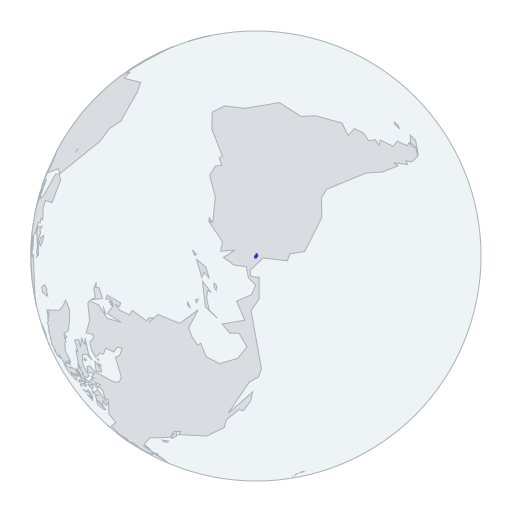 Risaralda on an orthographic globe, rotated 239°
{"feature_id": "COL-1401", "entity_name": "Risaralda", "entity_type": "Department", "adm_level": 1, "iso_a3": "COL", "parent_name": "Colombia", "parent_adm1": "", "projection": "orthographic", "projection_center": [-75.783, 5.124], "detail": "fine", "context": "on_globe", "style": "filled", "palette": "violet", "viewbox_px": 512, "rotation_deg": 239, "n_neighbors": 0, "source": "natural_earth", "source_scale": "10m", "svg_char_len": 8442}
<svg xmlns="http://www.w3.org/2000/svg" viewBox="0 0 512 512"><g transform="rotate(239 256 256)"><circle cx="256" cy="256" r="225" fill="#eef3f6" stroke="#a8b0b8"/><path d="M246.7,243.4L241.3,241.0L236.1,247.7L217.9,236.8L211.5,223.6L156.5,202.5L151.0,195.9L151.4,185.2L135.5,151.1L141.2,183.1L134.6,176.8L129.8,165.4L133.2,162.6L130.8,146.3L125.3,140.3L127.1,121.0L142.8,97.6L144.2,101.0L147.8,95.7L146.3,91.3L144.4,89.9L154.8,71.0L152.2,63.1L144.0,65.9L151.5,61.7L131.0,71.4L124.9,73.8L136.4,68.1L141.0,65.4L139.1,65.0L143.5,62.3L145.1,60.8L150.5,57.8L156.8,55.5L160.4,53.7L158.8,53.7L163.3,51.2L165.0,51.4L172.9,47.3L184.9,44.4L185.3,50.2L196.4,48.6L208.7,55.4L212.1,53.2L218.9,55.4L225.3,53.9L225.8,56.3L230.5,53.2L228.9,51.4L230.4,49.7L234.1,48.9L235.3,51.5L233.6,52.2L235.9,52.6L234.9,54.4L237.5,53.1L238.5,56.8L242.9,52.1L248.2,54.3L247.4,57.1L240.5,58.0L221.3,69.2L218.4,73.6L221.2,78.1L241.4,83.3L241.1,88.1L245.8,93.7L249.3,90.1L246.8,84.6L254.4,79.9L250.4,74.5L252.9,72.1L251.8,66.6L259.5,66.4L267.8,69.3L269.1,74.1L272.8,75.8L277.7,70.8L286.2,80.1L302.1,87.5L303.5,90.4L295.1,95.9L279.5,96.2L268.6,106.1L283.4,99.0L286.6,107.6L290.3,109.0L294.6,108.5L296.4,105.1L299.1,108.3L285.5,115.8L282.9,113.0L287.2,110.4L279.9,111.0L270.7,117.4L273.1,121.9L256.8,128.8L258.2,132.4L255.5,136.3L254.3,129.9L256.2,141.9L237.4,156.0L239.7,178.6L229.1,161.3L220.2,159.5L209.5,160.2L209.7,163.7L195.3,161.4L182.4,169.4L177.7,187.6L182.7,201.5L198.6,201.7L203.4,193.8L215.1,192.0L206.7,213.4L227.2,216.1L225.1,232.3L231.1,240.7L241.3,238.3L251.9,242.2L259.4,232.6L271.5,227.3L271.9,240.4L278.4,228.3L285.2,234.5L309.2,233.5L307.4,236.5L327.6,251.6L349.0,257.8L354.0,267.3L351.5,273.4L358.8,274.8L358.9,278.7L387.6,283.5L401.8,292.6L401.0,306.2L388.4,322.3L375.4,355.1L352.4,366.5L345.4,379.4L325.6,398.2L311.8,397.1L314.6,405.9L306.1,411.4L296.8,411.9L294.3,418.1L287.4,418.3L291.4,422.2L279.3,430.1L281.6,436.3L272.5,442.4L274.3,445.8L271.2,445.7L267.7,447.1L267.1,449.0L258.0,445.8L256.5,437.8L260.4,433.7L256.4,433.0L264.9,422.1L260.2,424.3L262.9,407.5L270.4,393.2L276.8,350.7L272.2,342.1L255.1,332.2L234.7,299.9L240.4,286.5L235.8,280.2L250.7,261.0L246.7,243.4ZM46.2,186.6L47.8,181.5L47.5,184.7L46.2,186.6ZM48.4,178.5L47.9,180.2L48.2,178.8L48.4,178.5ZM48.3,177.6L48.4,178.3L48.1,178.0L48.3,177.6ZM48.0,176.9L48.2,177.1L48.1,177.3L48.0,176.9ZM238.5,186.4L261.9,197.1L248.7,198.7L251.2,196.6L245.3,192.1L234.2,188.1L222.6,190.8L238.5,186.4ZM48.2,174.4L48.4,173.7L48.7,173.2L48.2,174.4ZM248.8,173.6L244.8,172.8L248.8,172.6L248.8,173.6ZM142.9,89.9L145.8,91.6L145.6,96.9L142.6,95.6L142.9,89.9ZM144.0,81.2L146.6,80.8L142.3,85.8L142.1,84.4L144.0,81.2ZM137.1,68.9L138.7,69.1L135.6,70.0L137.1,68.9ZM144.4,61.1L142.5,62.1L144.1,61.0L144.4,61.1ZM247.6,67.3L249.6,67.0L248.8,68.1L247.6,67.3ZM245.1,65.4L242.7,66.9L241.1,66.3L242.7,65.3L245.1,65.4ZM153.9,55.5L157.0,53.8L154.9,55.1L153.9,55.5ZM248.5,63.7L238.7,65.0L236.1,63.9L239.8,59.6L248.5,63.7ZM175.8,45.5L166.6,49.3L164.5,50.5L163.0,50.9L159.6,52.5L165.4,49.7L175.8,45.5ZM226.8,51.3L228.7,53.1L223.7,52.4L226.8,51.3ZM223.2,51.3L205.8,53.0L204.8,50.4L210.8,50.1L206.8,47.8L214.9,45.5L219.0,46.3L218.0,48.4L221.8,46.1L223.2,51.3ZM184.1,42.5L186.9,41.6L185.2,42.2L184.1,42.5ZM230.7,48.9L227.2,49.3L226.1,46.9L232.8,45.8L231.0,46.9L230.7,48.9ZM201.8,48.4L202.2,46.8L208.8,44.4L209.9,43.6L215.0,45.3L201.8,48.4ZM233.1,47.0L236.2,45.4L240.1,45.9L234.0,48.5L233.1,47.0ZM223.0,46.9L222.8,45.8L225.1,46.0L223.0,46.9ZM255.5,47.6L251.4,47.6L250.4,46.3L255.5,47.6ZM237.1,44.8L235.8,44.6L235.0,44.2L237.8,43.3L237.1,44.8ZM219.4,43.7L222.1,43.3L217.6,42.9L222.4,41.5L225.0,43.0L225.9,41.8L227.4,41.4L227.8,43.2L219.4,43.7ZM238.1,41.4L243.0,43.5L250.8,43.5L251.9,44.6L239.1,44.5L238.1,41.4ZM232.0,42.2L236.0,41.9L235.3,43.1L232.1,44.2L232.0,42.2ZM224.7,40.1L216.7,41.8L216.4,41.5L224.7,40.1ZM240.5,41.1L239.3,40.6L241.1,40.9L240.5,41.1ZM229.8,40.0L226.9,40.6L226.7,40.1L229.8,40.0ZM239.1,39.4L240.7,40.0L238.6,40.6L239.1,39.4ZM234.9,39.5L235.3,38.8L236.9,40.5L233.7,39.7L234.9,39.5ZM230.0,39.5L228.9,39.4L231.2,39.3L230.0,39.5ZM246.2,37.2L248.7,39.2L244.1,40.3L242.2,38.1L246.2,37.2ZM272.9,452.4L258.7,447.0L266.8,449.5L273.0,446.5L280.2,450.5L272.9,452.4ZM291.0,444.5L297.9,442.7L299.4,443.6L294.9,445.1L291.0,444.5ZM422.4,104.1L413.2,95.6L417.7,100.3L427.7,110.1L427.3,109.7L433.5,117.4L428.4,111.3L416.4,100.4L417.5,105.6L429.4,126.5L427.8,129.7L421.8,127.7L406.9,108.8L412.0,104.0L406.8,98.3L396.8,91.8L399.2,91.2L395.7,88.3L396.8,86.7L389.4,78.6L389.2,76.8L377.7,68.7L376.0,67.0L383.3,72.1L388.2,75.1L386.5,72.4L383.6,70.4L376.3,65.6L376.5,65.6L392.9,77.1L408.2,90.0L422.4,104.1ZM365.2,59.0L365.3,59.1L356.8,54.6L349.1,50.9L365.2,59.0ZM349.0,50.8L346.3,49.6L358.9,55.9L363.9,58.6L368.0,60.7L381.6,69.4L384.0,71.6L370.2,63.4L372.1,66.1L360.5,59.5L333.4,44.8L326.5,42.0L327.0,42.2L349.0,50.8ZM468.7,330.1L471.6,321.2L474.9,309.2L468.7,330.1ZM478.1,293.6L478.7,289.7L480.2,262.3L480.3,245.5L479.4,239.3L478.3,242.2L476.6,234.9L475.4,235.5L464.0,246.5L457.2,237.9L441.1,209.2L440.8,195.9L434.8,182.0L427.6,130.5L432.7,131.4L434.5,121.2L435.9,122.2L442.8,132.4L448.7,139.3L456.5,153.3L463.3,167.9L469.1,182.8L473.7,198.2L477.3,213.8L479.7,229.7L481.0,245.7L481.2,261.7L480.2,277.7L478.1,293.6ZM437.8,154.6L439.8,158.7L439.8,158.8L437.8,154.6ZM309.9,233.3L312.8,235.8L309.0,235.9L309.9,233.3ZM246.9,204.0L251.8,204.3L254.4,206.2L250.7,206.9L246.9,204.0ZM288.2,203.6L293.9,204.6L288.0,205.8L288.2,203.6ZM265.6,198.5L283.7,203.3L272.4,207.3L260.9,204.5L268.8,203.2L265.6,198.5ZM246.6,181.0L249.7,181.8L248.8,184.2L246.6,181.0ZM251.7,173.6L250.5,173.8L249.0,171.9L251.7,173.6ZM287.4,107.1L288.5,106.6L293.0,106.9L291.0,108.3L287.4,107.1ZM311.9,100.3L315.7,105.6L311.6,102.5L309.6,105.1L298.6,102.5L303.6,91.8L303.3,96.9L311.9,100.3ZM285.2,96.9L291.6,99.2L284.4,97.2L285.2,96.9ZM375.6,76.2L378.9,77.2L382.7,80.6L383.0,84.7L377.4,79.6L375.6,76.2ZM382.6,78.0L368.7,69.8L368.0,67.5L370.8,70.0L371.7,69.4L376.3,73.4L389.1,80.1L393.4,83.7L391.6,88.1L389.9,84.4L386.8,83.3L382.6,78.0ZM334.7,58.8L328.8,56.8L334.9,54.2L339.8,56.4L340.4,60.1L335.0,59.7L334.7,58.8ZM256.9,56.5L254.2,57.1L253.8,56.2L255.8,55.0L256.9,56.5ZM253.6,47.7L268.3,53.3L265.9,54.2L277.3,57.3L275.6,61.0L268.3,58.6L275.4,64.2L268.1,63.6L273.7,67.3L257.6,61.8L251.3,62.0L259.0,60.3L260.8,56.8L259.6,55.4L251.8,51.7L239.1,51.2L238.9,48.3L242.0,46.4L245.0,46.1L244.3,47.9L248.8,46.2L250.0,48.7L253.6,47.7ZM279.3,34.9L277.2,35.7L286.5,35.6L287.8,36.8L288.8,36.8L292.5,38.1L298.7,39.8L298.2,40.4L300.8,40.9L303.3,42.1L306.8,43.0L307.1,44.6L311.4,46.0L309.1,46.1L316.4,48.2L311.1,47.4L313.9,49.3L317.5,49.1L311.0,58.7L312.3,64.4L316.2,70.0L306.7,68.7L296.9,63.1L288.5,56.4L288.6,51.5L284.3,52.2L283.0,50.2L287.0,50.5L280.2,49.0L280.2,47.5L272.7,43.6L262.9,43.0L259.9,41.9L263.7,41.4L258.0,40.7L263.3,39.1L261.2,38.4L264.3,36.5L273.0,36.5L270.0,35.7L272.3,34.7L279.3,34.9ZM247.3,36.6L257.4,35.6L263.0,36.0L255.2,39.2L256.3,40.1L251.5,42.9L243.5,42.4L245.6,41.6L245.8,40.7L248.2,41.2L246.4,40.2L249.3,39.2L248.6,38.2L252.1,38.0L247.3,36.6ZM433.1,117.9L433.4,117.9L432.9,116.8L436.8,121.9L433.1,117.9ZM425.2,110.5L424.8,109.5L430.1,115.5L429.8,115.8L425.2,110.5ZM420.1,104.2L424.4,109.0L421.9,106.6L420.1,104.2ZM382.5,71.1L381.5,70.1L383.2,71.1L385.8,73.1L382.5,71.1ZM307.3,37.3L305.2,37.1L303.9,36.7L296.4,35.5L294.9,34.8L298.8,35.3L307.3,37.3ZM304.5,36.4L301.6,35.8L302.6,35.9L304.5,36.4ZM293.4,34.3L293.9,34.2L293.8,34.6L293.4,34.3ZM288.1,33.0L287.7,33.0L286.7,32.8L288.1,33.0ZM185.9,41.9L186.8,41.6L184.3,42.4L185.3,42.1L185.9,41.9Z" fill="#d9dde1" stroke="#a8b0b8" stroke-width="1"/><path d="M255.7,254.6L255.7,254.9L255.7,255.0L255.8,255.1L256.0,255.0L256.2,254.9L256.3,254.9L256.3,255.0L256.5,255.1L256.5,255.3L256.4,255.5L256.2,255.5L256.2,255.4L255.9,255.4L255.8,255.5L255.8,255.9L255.8,256.1L255.7,256.0L255.4,256.3L255.5,256.4L255.5,256.5L255.7,256.8L255.8,256.8L255.9,256.7L256.0,256.7L256.1,256.3L256.3,256.6L256.5,256.7L256.8,256.8L257.0,256.8L257.3,256.9L257.3,257.0L257.5,257.2L257.6,257.3L257.5,257.6L257.4,257.7L257.2,257.8L257.0,257.7L256.8,257.7L256.5,257.7L256.4,257.6L256.0,257.6L255.9,257.5L255.7,257.5L255.8,257.5L255.8,257.4L255.7,257.4L255.4,257.4L255.4,257.2L255.5,257.0L255.4,257.0L255.2,257.0L255.2,256.8L255.1,256.7L254.9,256.4L254.9,256.2L254.8,255.9L254.4,255.3L254.4,255.1L254.5,254.9L254.8,254.7L254.8,254.4L255.0,254.2L255.1,254.3L255.3,254.5L255.6,254.6L255.7,254.6Z" fill="#8b5cf6" stroke="#5b21b6" stroke-width="1.5"/></g></svg>